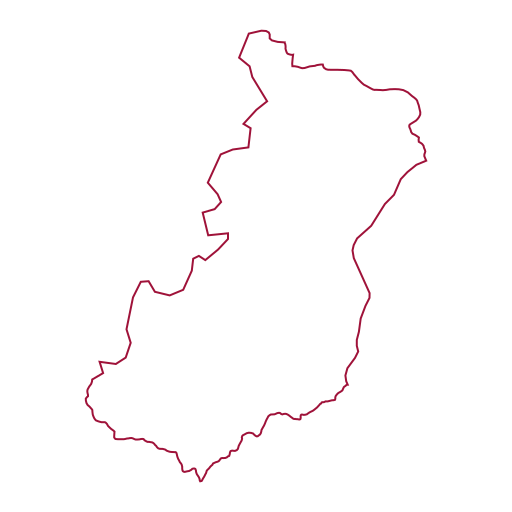 outline of Vayk, Vayots Dzor, Armenia
{"feature_id": "60910142B90303504942673", "entity_name": "Vayk", "entity_type": "district", "adm_level": 2, "iso_a3": "ARM", "parent_name": "Armenia", "parent_adm1": "Vayots Dzor", "projection": "mercator", "projection_center": [45.554, 39.753], "detail": "fine", "context": "isolated", "style": "outline", "palette": "rose", "viewbox_px": 512, "rotation_deg": 0, "n_neighbors": 0, "source": "geoboundaries", "source_scale": "gbopen_adm2", "svg_char_len": 5247}
<svg xmlns="http://www.w3.org/2000/svg" viewBox="0 0 512 512"><path d="M248.8,33.6L247.4,37.2L240.3,54.7L239.1,57.7L249.6,66.3L252.3,77.0L267.1,101.3L256.4,109.8L243.5,123.9L250.6,128.2L248.4,147.4L232.8,149.5L220.7,154.4L207.8,182.7L217.6,194.2L221.1,202.0L214.7,209.1L202.7,212.6L208.2,235.3L228.0,233.3L228.0,239.0L218.0,249.6L205.3,260.1L198.9,255.9L193.2,258.7L191.8,270.7L183.2,289.8L169.7,295.4L154.9,291.8L148.6,281.2L140.8,281.8L133.0,297.4L126.5,329.3L130.7,342.8L125.7,357.6L115.8,364.0L99.6,361.8L103.1,373.1L92.2,379.5L92.0,381.5L91.2,383.9L89.8,385.8L89.3,386.4L87.6,389.5L87.3,391.1L87.5,392.9L88.0,394.9L88.0,395.1L88.0,396.2L87.6,396.6L86.9,397.2L85.8,398.6L85.9,400.7L86.5,403.1L87.7,405.1L88.2,405.5L89.4,406.5L90.3,407.5L91.8,409.2L92.2,409.7L92.4,410.8L92.4,411.6L92.6,413.3L92.8,414.7L93.5,416.6L94.4,418.5L95.8,420.3L97.7,421.1L99.2,421.6L101.5,422.2L103.2,422.2L104.9,422.2L105.8,422.7L107.0,424.0L108.0,425.9L109.3,427.2L111.0,428.8L113.6,430.7L114.5,431.6L114.4,432.7L114.3,434.3L114.2,436.1L114.2,437.4L114.9,438.5L115.6,439.0L117.9,439.2L120.1,439.2L121.9,439.2L123.8,439.2L125.1,439.0L127.0,438.5L128.5,438.4L129.8,438.1L131.4,438.0L132.7,438.3L134.4,439.1L135.5,439.5L137.8,439.5L139.3,439.4L141.0,439.0L142.5,438.9L143.6,439.1L144.6,440.4L145.4,440.7L146.2,441.3L147.6,441.9L149.3,441.9L150.3,442.1L152.2,442.4L153.3,443.0L154.3,443.9L155.1,445.0L156.1,445.8L156.8,446.9L157.1,447.3L158.2,448.3L159.6,448.8L162.6,448.9L163.9,449.2L165.5,449.7L166.5,450.6L168.6,451.4L170.0,451.8L172.0,452.0L174.1,452.1L175.6,452.1L175.9,452.4L176.3,452.7L176.7,453.8L176.8,454.2L177.1,455.7L177.5,457.1L178.2,458.9L179.1,460.5L179.9,462.2L180.5,462.9L181.1,463.6L181.7,464.7L182.2,466.7L182.2,468.3L182.3,469.4L182.5,470.4L182.8,471.1L183.7,471.7L184.7,471.9L186.8,471.4L187.8,471.2L189.1,471.0L190.0,470.5L191.3,469.8L192.3,468.8L193.5,468.5L194.5,468.5L195.3,468.9L195.9,470.3L196.1,472.0L196.5,473.3L196.9,474.3L197.6,475.3L198.8,477.1L199.5,478.7L199.8,480.6L200.2,481.3L201.4,481.0L201.6,481.0L202.3,479.9L203.0,478.5L204.2,476.6L205.3,474.4L205.8,473.5L206.0,473.2L206.4,471.9L206.7,470.8L207.4,469.9L208.7,468.7L209.4,467.9L210.3,466.7L211.2,465.8L212.4,464.8L213.0,463.5L214.5,462.8L215.8,462.2L217.6,461.7L218.4,461.3L219.2,460.7L220.0,459.5L220.9,458.4L222.1,458.0L223.4,458.1L224.5,458.0L225.2,458.0L226.8,457.4L227.9,456.4L229.2,455.9L229.8,453.9L229.8,453.5L230.0,452.3L230.6,451.1L232.1,450.6L233.5,450.8L235.0,450.9L235.9,450.5L236.7,450.2L237.9,448.9L238.4,447.1L238.7,445.9L238.9,445.5L240.1,443.2L241.6,440.6L242.1,438.7L241.8,437.4L242.3,435.9L243.0,435.2L244.6,434.4L246.7,433.2L248.9,432.7L251.1,432.9L253.1,433.5L254.0,434.5L255.5,435.8L256.8,436.4L257.8,436.2L258.9,435.3L260.0,434.5L260.8,433.2L261.3,431.4L261.5,430.0L261.9,429.3L263.0,427.3L264.0,425.6L265.0,423.4L265.7,421.5L266.6,419.5L267.5,417.9L268.3,416.3L269.6,415.2L270.8,414.5L273.0,414.4L274.6,414.3L276.0,413.7L277.3,413.1L279.1,412.8L280.2,413.1L281.2,414.0L282.3,414.4L283.9,413.9L285.4,413.8L286.5,414.0L288.1,414.8L289.5,415.8L290.7,416.8L292.0,417.7L292.8,418.4L293.8,418.9L294.5,419.0L295.1,418.9L295.9,419.1L297.0,419.1L298.2,419.3L299.3,419.5L300.3,419.2L300.7,417.9L300.6,416.3L300.8,415.2L301.4,414.6L302.5,414.6L303.8,414.9L305.4,414.7L306.9,414.3L307.9,413.5L309.5,412.4L311.3,411.5L312.8,410.8L314.3,409.7L317.0,407.5L319.3,405.0L320.2,403.9L321.1,403.5L321.7,402.4L322.5,402.2L323.8,402.2L324.8,401.8L325.4,401.4L327.7,401.4L330.0,400.8L331.9,400.3L333.7,400.2L335.0,399.8L335.3,398.8L335.3,397.4L335.6,396.2L336.8,394.5L338.3,393.0L340.1,392.0L341.8,390.9L342.5,390.2L342.7,389.6L343.2,388.5L343.8,387.2L344.4,386.6L345.4,386.0L346.4,385.0L347.3,384.7L347.7,384.7L346.2,381.2L345.4,375.5L347.4,368.2L355.0,357.9L358.2,351.5L356.8,345.8L356.8,339.9L358.9,331.8L360.7,318.5L365.5,305.8L369.5,297.9L369.6,293.1L353.8,258.1L352.5,250.4L353.7,245.1L357.1,238.4L371.2,225.8L384.9,204.0L394.0,194.8L400.8,179.1L407.4,172.1L416.4,164.8L426.2,160.7L425.4,158.8L424.3,156.1L424.4,154.2L424.9,152.9L425.3,151.5L424.9,149.9L424.0,147.8L423.5,145.7L422.1,143.9L420.7,142.9L418.8,141.8L418.6,139.9L418.9,137.5L417.8,136.7L416.3,135.7L414.9,134.8L412.4,133.7L411.1,131.9L410.8,130.6L410.2,128.9L409.5,127.5L409.2,126.0L409.6,124.7L410.7,123.9L413.3,122.3L415.9,120.7L417.5,119.1L419.0,117.1L420.2,114.6L420.3,112.2L419.9,110.5L419.5,108.8L418.7,105.2L417.9,103.1L417.1,100.6L416.1,99.3L414.3,97.7L412.1,96.1L410.6,94.8L407.9,92.4L403.3,90.1L399.0,89.3L395.0,89.1L389.7,89.3L386.3,89.9L382.8,90.2L380.3,90.0L377.8,89.9L375.9,89.8L374.6,89.9L372.9,89.5L370.6,88.3L368.8,87.3L366.5,86.0L363.9,84.7L361.7,82.8L358.1,79.2L354.5,74.9L354.4,74.9L352.3,72.0L350.8,70.7L348.7,70.4L344.2,70.0L337.4,69.8L331.3,69.8L327.9,69.7L326.0,69.2L323.9,67.7L323.2,66.3L322.8,64.5L321.2,64.5L319.5,64.7L317.0,65.1L315.7,65.5L314.8,65.9L314.0,65.9L312.3,66.1L309.7,66.4L307.2,67.2L304.6,68.0L302.2,68.2L300.7,67.8L297.8,66.8L295.0,66.3L292.4,66.2L292.2,63.6L292.4,61.0L292.7,57.8L293.1,54.7L292.3,54.9L290.7,54.7L289.2,54.3L287.6,53.7L286.8,52.7L286.0,50.5L285.5,48.7L285.6,47.0L285.5,45.5L285.2,43.9L284.5,42.7L284.6,42.4L277.7,41.9L271.9,40.4L269.7,38.4L269.7,34.5L268.8,32.5L266.1,31.0L261.4,30.7L248.8,33.6Z" fill="none" stroke="#9f1239" stroke-width="2"/></svg>